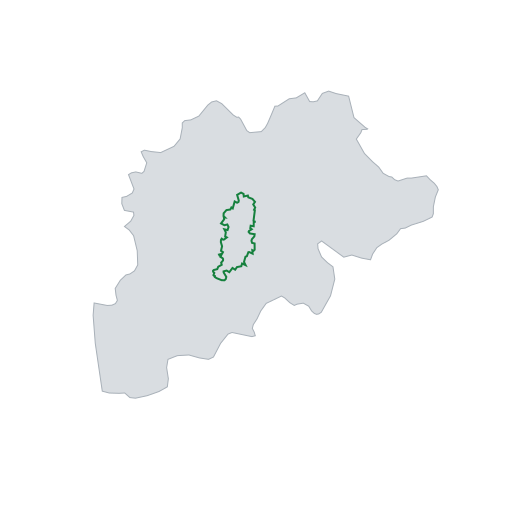 location of Walloon Brabant within Belgium, rotated 292°
{"feature_id": "BEL-3482", "entity_name": "Walloon Brabant", "entity_type": "Province", "adm_level": 1, "iso_a3": "BEL", "parent_name": "Belgium", "parent_adm1": "", "projection": "orthographic", "projection_center": [4.525, 50.668], "detail": "fine", "context": "in_parent", "style": "outline", "palette": "green", "viewbox_px": 512, "rotation_deg": 292, "n_neighbors": 0, "source": "natural_earth", "source_scale": "10m", "svg_char_len": 3424}
<svg xmlns="http://www.w3.org/2000/svg" viewBox="0 0 512 512"><g transform="rotate(292 256 256)"><path d="M234.1,123.0L241.4,126.8L247.9,127.6L250.8,126.0L249.0,116.9L254.2,112.0L260.1,109.8L262.8,113.7L268.1,117.7L272.4,117.8L283.7,107.3L286.4,109.3L288.9,113.0L289.4,116.0L289.9,119.2L292.5,120.5L301.5,119.8L306.0,114.1L309.6,110.5L312.3,112.9L313.6,119.8L316.2,128.9L327.0,138.9L336.1,141.8L347.3,139.6L351.7,137.8L354.8,139.2L357.8,144.6L364.3,150.6L377.9,154.8L382.2,157.2L385.1,161.2L384.4,167.2L378.2,182.0L377.4,186.3L378.3,187.8L377.1,190.5L368.8,200.5L368.0,204.0L370.9,209.6L373.3,214.3L378.5,216.5L383.3,217.1L392.3,217.3L402.0,217.4L403.2,220.1L414.2,227.9L417.7,234.1L425.6,240.1L419.3,247.9L420.4,251.3L422.8,254.8L431.6,256.6L436.1,261.6L436.6,269.4L438.9,282.0L421.0,295.0L416.1,309.1L415.7,311.9L415.1,311.5L412.9,306.9L409.6,307.0L402.0,305.2L391.7,318.1L387.1,328.7L384.4,336.5L380.3,342.9L379.5,349.5L380.1,352.3L378.7,355.9L378.7,359.6L384.9,367.0L386.5,371.0L394.2,384.0L392.0,388.8L390.2,394.1L388.1,397.8L385.7,400.2L377.9,400.2L368.1,402.0L361.6,404.6L358.1,404.7L350.9,398.2L342.9,388.5L337.8,383.9L335.5,379.8L329.3,378.2L320.4,373.4L314.2,368.2L309.0,364.9L301.5,363.4L295.4,363.6L293.6,354.7L292.8,344.5L287.8,337.8L294.5,311.2L290.4,308.6L286.0,310.8L279.7,317.1L276.6,324.7L274.8,331.4L264.1,337.7L247.0,340.0L228.3,337.6L225.8,335.9L224.6,334.0L224.6,331.6L225.9,328.1L229.2,323.7L230.0,317.5L226.7,312.1L224.5,310.0L225.4,304.8L227.9,298.3L228.4,294.6L215.9,283.2L206.9,281.0L198.1,280.5L191.4,279.2L187.5,279.7L184.7,282.9L181.8,285.2L179.7,282.4L176.1,262.4L173.1,259.3L161.8,255.9L146.4,254.4L142.4,250.7L140.3,241.7L139.1,230.9L134.2,220.5L131.7,217.8L127.2,213.1L119.1,214.9L109.4,220.7L103.7,222.2L101.5,222.8L94.0,216.8L85.7,207.4L79.0,197.5L77.5,192.1L79.8,185.6L77.4,180.5L74.0,171.3L73.1,164.1L114.8,139.7L140.0,127.2L151.8,123.5L154.4,136.6L156.4,140.8L159.2,143.5L162.9,144.1L167.2,140.9L173.2,137.6L182.7,139.3L189.7,142.5L192.1,145.8L196.7,148.9L203.4,149.7L216.4,143.9L229.0,134.9L232.6,128.7L234.1,123.0Z" fill="#d9dde1" stroke="#a8b0b8" stroke-width="1"/><path d="M221.6,225.2L222.3,223.7L224.7,223.7L225.4,222.1L226.3,221.7L227.2,222.1L229.3,225.0L231.9,225.0L235.0,227.5L236.8,226.2L239.5,227.1L240.9,226.6L241.5,225.8L241.8,223.5L243.9,223.5L242.8,222.0L243.5,221.2L245.4,223.7L247.2,223.9L247.7,221.6L252.3,220.9L255.7,218.2L257.8,217.5L259.2,217.7L258.8,219.4L259.3,220.2L262.3,222.0L262.5,220.1L266.7,219.1L268.9,216.6L269.4,219.9L272.6,219.7L274.5,217.6L272.7,215.2L273.1,211.4L278.1,212.7L279.8,211.7L280.1,212.8L280.9,210.9L283.5,210.0L287.5,211.4L289.5,214.8L291.8,215.0L291.4,216.6L298.6,215.8L298.3,218.5L299.5,219.5L300.9,219.3L305.6,215.6L309.2,218.4L308.9,221.2L306.6,222.4L309.0,225.8L307.5,226.9L307.6,231.3L305.8,234.8L302.8,234.1L300.6,237.1L298.1,236.9L298.0,237.8L287.7,240.5L287.3,241.0L287.6,242.8L286.6,241.2L282.7,242.7L282.1,239.7L279.6,240.3L279.2,242.0L276.5,240.1L275.6,240.1L274.6,241.9L275.7,246.6L273.5,247.1L270.0,245.9L268.4,246.1L266.7,247.4L267.1,250.0L261.3,252.4L259.9,251.8L260.0,250.4L256.9,252.0L257.1,248.3L256.7,247.5L252.4,247.6L251.4,246.5L246.0,247.1L243.6,249.8L243.8,245.9L241.0,246.2L238.6,242.5L235.5,241.8L236.1,238.7L231.0,237.3L231.5,234.2L229.6,231.7L228.6,232.2L225.5,236.3L223.3,236.6L221.7,235.9L220.7,233.2L220.7,227.7L221.1,225.7L222.8,225.2L221.6,225.2Z" fill="none" stroke="#15803d" stroke-width="2"/></g></svg>